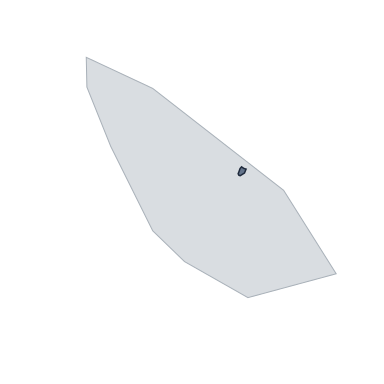 Mine', Praslin, Saint Lucia (highlighted), rotated 306°
{"feature_id": "8701671B24039630787071", "entity_name": "Mine'", "entity_type": "district", "adm_level": 2, "iso_a3": "LCA", "parent_name": "Saint Lucia", "parent_adm1": "Praslin", "projection": "equal_earth", "projection_center": [-60.908, 13.873], "detail": "fine", "context": "in_parent", "style": "filled", "palette": "slate", "viewbox_px": 384, "rotation_deg": 306, "n_neighbors": 0, "source": "geoboundaries", "source_scale": "gbopen_adm2", "svg_char_len": 517}
<svg xmlns="http://www.w3.org/2000/svg" viewBox="0 0 384 384"><g transform="rotate(306 192 192)"><path d="M247.2,265.2L210.6,356.7L139.4,299.3L131.3,226.9L137.5,183.1L181.1,99.5L215.1,45.3L238.8,27.3L252.7,99.3L247.2,265.2Z" fill="#d9dde1" stroke="#a8b0b8" stroke-width="1"/><path d="M242.3,222.3L241.5,220.0L241.5,219.9L241.6,219.7L241.5,219.4L241.5,217.3L239.3,217.1L238.8,217.2L236.2,218.0L233.9,218.6L233.1,220.1L233.5,221.4L238.2,223.3L242.3,222.3Z" fill="#64748b" stroke="#1e293b" stroke-width="1.5"/></g></svg>